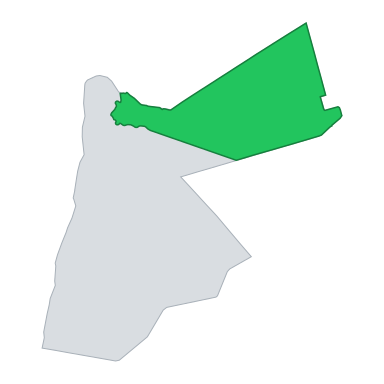 where Mafraq sits in Jordan
{"feature_id": "JOR-850", "entity_name": "Mafraq", "entity_type": "Province", "adm_level": 1, "iso_a3": "JOR", "parent_name": "Jordan", "parent_adm1": "", "projection": "mercator", "projection_center": [37.07, 32.534], "detail": "fine", "context": "in_parent", "style": "filled", "palette": "green", "viewbox_px": 384, "rotation_deg": 0, "n_neighbors": 0, "source": "natural_earth", "source_scale": "10m", "svg_char_len": 2786}
<svg xmlns="http://www.w3.org/2000/svg" viewBox="0 0 384 384"><path d="M99.9,75.5L107.3,77.3L111.6,81.1L118.7,92.0L129.7,95.2L134.2,98.3L140.2,104.0L147.6,106.1L171.1,109.7L189.7,97.6L205.5,87.4L223.5,75.7L235.7,67.7L256.5,54.2L270.2,45.6L288.2,34.2L306.0,23.0L311.0,41.3L315.8,59.1L320.8,77.5L325.7,95.3L320.4,97.0L324.5,110.7L331.3,108.6L338.7,107.0L341.9,115.7L331.7,125.5L321.5,135.0L319.1,136.0L305.8,140.0L278.5,148.0L260.3,153.4L237.0,160.3L217.7,166.0L198.5,171.6L180.7,176.9L190.9,187.9L206.3,204.7L216.7,215.9L228.8,230.3L239.7,243.2L251.3,256.7L243.2,261.3L229.8,268.9L228.5,270.3L227.3,271.7L221.8,285.2L217.5,295.8L216.0,297.1L197.4,301.0L178.6,304.9L166.7,307.4L163.2,310.1L155.4,323.3L147.4,336.8L134.1,347.9L119.3,360.2L115.6,361.0L104.9,359.1L86.6,355.9L68.9,352.8L56.8,350.6L42.1,348.1L44.3,337.7L43.7,332.1L47.2,313.6L49.2,304.9L50.2,298.5L55.3,285.4L54.7,281.1L55.8,266.0L55.2,263.1L57.5,254.8L61.9,242.8L66.1,232.5L67.6,227.8L72.0,218.0L75.8,205.9L73.8,199.3L73.2,198.0L74.8,190.4L74.7,190.3L76.6,177.9L77.7,171.1L80.0,162.2L84.1,154.7L82.2,136.8L82.4,127.2L85.0,116.2L83.6,103.3L84.8,85.0L85.1,83.2L86.6,81.0L87.7,79.9L96.2,76.0L99.9,75.5Z" fill="#d9dde1" stroke="#a8b0b8" stroke-width="1"/><path d="M170.2,110.1L171.1,109.8L182.2,102.1L192.8,95.2L200.4,90.3L212.3,82.7L217.7,79.2L224.1,75.1L235.9,67.5L247.8,59.9L256.5,54.2L268.6,46.6L274.4,42.9L289.2,33.6L306.1,23.1L309.3,34.9L312.2,45.4L314.6,54.2L317.7,65.9L321.0,77.9L325.6,95.1L320.3,96.7L320.2,96.8L320.3,97.1L323.6,108.8L324.2,110.0L324.9,110.4L337.9,106.8L339.4,107.7L340.4,110.2L341.8,115.7L340.1,118.3L331.8,125.3L331.8,126.0L331.1,126.2L329.7,127.2L321.5,135.0L319.1,136.0L311.3,138.3L295.8,142.9L280.3,147.4L264.7,151.9L251.7,155.6L249.2,156.4L236.2,160.3L236.0,160.2L150.3,130.4L147.9,129.0L145.7,126.9L144.5,126.3L140.8,125.9L139.5,126.0L138.6,126.4L137.9,127.0L137.0,127.4L135.9,127.4L134.9,127.1L133.7,126.2L130.9,124.8L128.1,124.6L127.2,124.7L126.5,124.9L125.1,125.4L124.1,125.5L123.1,125.2L121.4,124.0L120.5,123.4L119.8,123.3L118.9,124.3L118.2,124.7L117.4,124.8L116.6,124.7L115.9,124.2L115.6,123.6L115.5,122.9L115.7,122.3L116.0,121.8L116.1,121.2L115.9,120.7L115.3,120.0L113.9,119.6L113.2,117.9L112.3,116.4L111.8,115.9L111.2,115.6L110.9,115.0L111.0,114.2L111.6,112.9L114.8,109.4L115.7,107.4L116.3,106.7L116.4,106.0L116.2,104.8L115.8,104.0L115.4,103.4L115.4,102.7L115.6,102.0L116.6,101.2L117.4,101.1L118.2,101.3L119.5,102.3L120.1,102.5L120.6,102.3L121.1,100.2L120.2,93.5L121.2,93.5L123.8,93.1L124.2,93.2L124.9,93.5L125.3,93.5L125.7,93.4L126.4,92.7L126.8,92.5L127.6,93.0L129.8,95.2L134.3,98.3L140.3,104.1L141.3,104.7L142.7,105.1L146.6,105.5L147.7,106.2L150.2,106.5L159.7,107.6L162.2,109.5L163.4,108.8L164.9,108.9L169.3,110.0L170.2,110.1Z" fill="#22c55e" stroke="#15803d" stroke-width="1.5"/></svg>